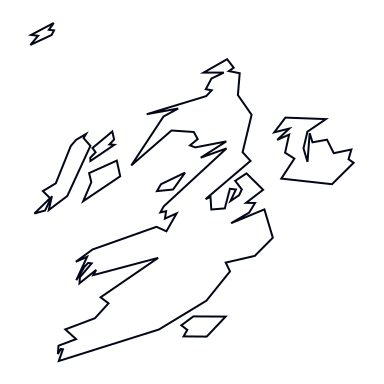 the district of Dønna nor, Nordland, Norway
{"feature_id": "86288312B44883610080028", "entity_name": "Dønna nor", "entity_type": "district", "adm_level": 2, "iso_a3": "NOR", "parent_name": "Norway", "parent_adm1": "Nordland", "projection": "albers", "projection_center": [12.485, 66.133], "detail": "medium", "context": "isolated", "style": "outline", "palette": "ink", "viewbox_px": 384, "rotation_deg": 0, "n_neighbors": 0, "source": "geoboundaries", "source_scale": "gbopen_adm2", "svg_char_len": 1854}
<svg xmlns="http://www.w3.org/2000/svg" viewBox="0 0 384 384"><path d="M227.1,59.2L203.6,72.6L223.8,72.6L211.5,78.5L205.8,89.2L211.7,90.3L206.2,96.1L146.7,114.2L178.2,108.5L163.5,116.5L131.3,165.4L171.5,130.5L193.8,132.0L197.7,139.1L190.0,145.4L195.3,147.4L226.3,141.4L200.7,157.7L226.5,148.4L163.7,206.4L160.4,212.4L166.1,211.2L164.9,218.6L176.6,213.4L166.4,231.3L156.5,226.8L92.5,249.5L75.8,261.8L87.1,256.8L76.3,280.2L84.4,266.9L88.1,262.9L91.6,263.4L79.9,277.2L79.5,283.3L96.2,269.9L93.3,275.1L158.1,257.9L100.6,297.3L108.5,303.3L95.0,318.2L65.3,329.4L76.1,339.1L58.5,345.7L57.9,354.0L60.8,349.0L62.9,349.3L58.8,361.0L158.9,329.5L206.4,300.7L230.0,271.4L225.7,262.6L254.8,255.9L272.8,237.7L264.4,209.4L231.1,223.2L249.2,212.6L255.0,203.0L246.1,202.8L263.1,189.8L246.5,173.4L235.2,180.8L241.8,189.4L239.1,195.2L230.5,201.0L235.9,189.5L229.9,188.8L224.8,208.4L211.3,209.5L210.5,197.0L205.6,199.1L250.5,160.9L242.6,152.2L251.6,114.8L237.9,95.1L239.7,73.2L228.9,71.1L233.7,67.7L227.1,59.2ZM285.4,117.6L274.3,132.3L289.2,128.6L277.2,139.9L289.1,134.6L285.1,152.7L294.4,158.6L281.3,178.6L332.0,184.2L353.6,162.8L348.5,159.2L351.4,149.5L333.8,153.2L327.0,139.7L312.5,142.3L309.7,133.2L307.5,161.8L303.5,148.4L307.4,131.7L325.9,119.1L285.4,117.6ZM83.6,138.1L86.0,134.0L76.0,139.9L70.8,146.0L55.8,183.3L42.9,191.1L50.1,198.2L34.4,213.5L45.1,210.5L51.9,196.1L48.8,210.0L67.3,196.0L90.4,145.9L83.6,138.1ZM225.6,316.6L193.4,316.4L181.3,325.3L187.3,329.9L183.6,336.4L206.7,336.6L225.6,316.6ZM116.8,160.6L89.1,173.1L91.3,182.2L83.2,201.2L120.2,176.3L116.8,160.6ZM112.3,131.5L92.5,148.0L95.6,152.3L90.3,157.7L90.4,161.0L114.3,144.8L109.5,144.4L114.1,139.5L112.3,131.5ZM53.7,23.0L31.1,34.9L38.1,35.8L30.4,44.9L51.6,35.0L54.0,30.4L48.9,29.8L53.7,23.0ZM185.1,172.6L161.0,184.2L157.0,191.1L173.1,189.5L185.1,172.6Z" fill="none" stroke="#020617" stroke-width="2"/></svg>